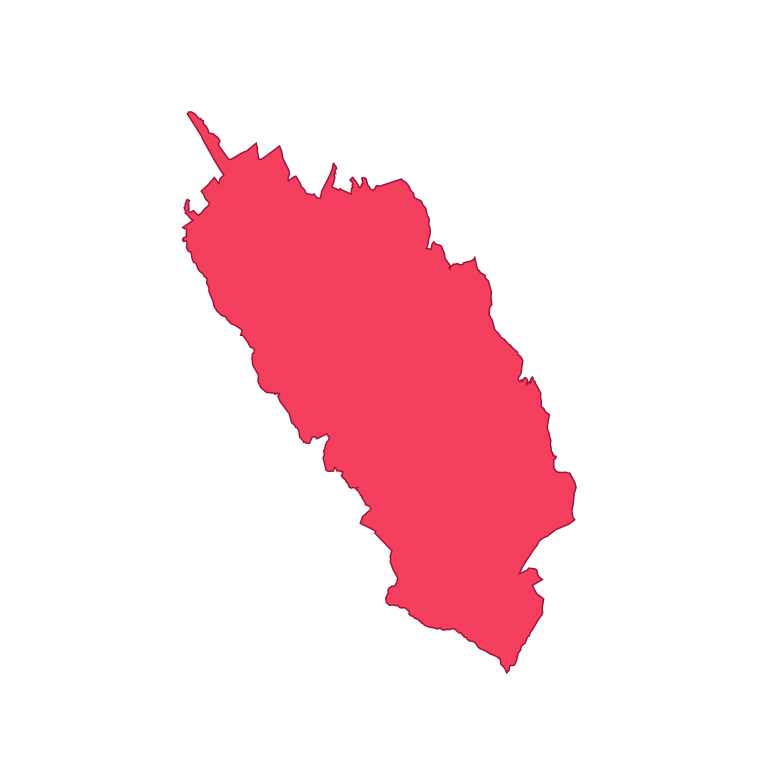 the district of Nicolae Balcescu, Vâlcea, Romania, rotated 77°
{"feature_id": "2599482B33321571341238", "entity_name": "Nicolae Balcescu", "entity_type": "district", "adm_level": 2, "iso_a3": "ROU", "parent_name": "Romania", "parent_adm1": "Vâlcea", "projection": "robinson", "projection_center": [24.389, 44.984], "detail": "fine", "context": "isolated", "style": "filled", "palette": "rose", "viewbox_px": 768, "rotation_deg": 77, "n_neighbors": 0, "source": "geoboundaries", "source_scale": "gbopen_adm2", "svg_char_len": 6158}
<svg xmlns="http://www.w3.org/2000/svg" viewBox="0 0 768 768"><g transform="rotate(77 384 384)"><path d="M442.2,460.0L455.3,459.7L456.6,457.4L457.5,453.1L454.3,450.8L455.5,449.9L458.1,449.4L458.7,446.9L460.0,445.2L460.2,443.9L463.5,445.4L463.4,446.0L465.0,445.8L469.5,442.8L470.5,443.0L473.6,441.2L476.4,441.2L478.2,439.2L477.8,437.7L479.1,434.9L479.0,433.5L480.1,434.9L480.8,434.8L481.3,433.9L484.8,432.2L487.4,431.9L488.4,430.5L489.3,431.1L495.7,429.0L497.5,429.2L500.2,425.2L503.1,424.9L508.3,434.6L514.4,438.5L525.3,425.2L527.1,426.5L548.2,413.8L553.5,416.9L555.8,416.7L558.6,417.9L567.1,416.8L575.9,414.2L580.0,416.0L583.0,418.8L583.3,419.7L582.8,422.0L584.1,425.2L586.3,426.7L588.0,426.6L593.3,430.6L597.7,430.7L600.9,428.4L601.1,425.2L602.8,421.9L602.7,420.4L605.4,418.9L606.3,416.7L606.4,414.8L607.1,413.6L611.3,410.5L613.8,411.4L616.0,409.9L616.6,408.3L619.3,406.6L621.1,403.5L622.8,403.0L623.4,401.9L625.1,401.3L626.7,399.4L628.0,399.0L631.1,394.5L633.2,389.3L634.7,387.1L634.4,384.2L636.2,382.9L637.3,381.1L637.0,380.2L637.4,379.4L636.9,378.4L637.9,376.6L638.1,374.6L637.6,373.0L638.4,370.5L643.4,366.9L643.9,365.2L644.8,364.5L646.0,364.2L647.2,363.0L648.5,362.9L649.6,360.8L651.4,360.3L653.6,358.6L654.5,355.8L656.4,353.4L661.7,351.3L663.6,349.8L666.9,345.1L670.4,341.8L675.3,334.9L677.0,334.2L676.5,333.1L678.5,332.7L683.1,333.2L688.1,330.3L693.0,329.4L691.3,326.7L686.8,324.8L686.6,323.8L687.3,322.4L687.0,319.9L682.9,316.9L677.5,314.4L675.4,312.7L674.3,311.0L670.3,309.3L668.4,305.0L662.9,301.2L661.9,299.1L658.4,296.9L657.4,295.3L647.8,286.1L644.5,282.2L642.3,280.8L637.8,280.3L629.4,276.8L622.9,282.3L613.6,284.9L610.2,273.7L606.8,276.3L604.4,277.1L599.7,277.0L598.2,278.4L596.0,284.2L597.7,286.9L599.3,294.7L593.6,290.4L589.1,286.0L578.1,274.5L575.4,270.9L572.4,268.7L570.8,266.2L569.8,263.6L569.0,259.1L564.6,249.6L562.1,235.5L559.2,228.7L556.4,229.9L549.6,229.5L543.5,226.6L533.6,223.4L528.0,220.1L522.6,220.3L512.6,223.0L512.1,225.0L510.8,227.0L510.3,230.5L509.0,234.7L506.9,236.4L503.3,237.3L496.4,235.7L494.0,232.5L493.1,232.8L491.9,235.0L490.7,234.8L490.6,235.5L488.4,235.3L487.6,236.1L482.3,235.4L481.1,235.8L476.4,234.1L471.9,234.6L469.8,234.2L465.0,234.9L461.5,234.3L451.2,229.8L447.3,232.9L444.1,233.8L441.0,236.0L436.7,234.5L431.5,234.4L428.4,233.3L416.9,236.5L415.9,236.2L414.0,237.5L410.6,237.8L412.4,240.0L415.9,240.6L416.0,241.0L414.4,241.5L415.1,242.3L414.5,243.2L416.1,243.7L416.1,244.5L416.9,245.1L415.7,245.4L415.3,244.3L413.2,243.3L412.1,243.3L409.6,244.7L409.5,245.8L410.3,246.0L411.3,247.5L411.0,247.9L412.3,248.4L412.7,249.2L411.0,249.6L411.9,250.8L411.5,251.8L409.5,252.1L407.7,251.3L405.0,248.4L392.5,243.5L388.3,244.6L384.9,246.9L382.4,247.1L378.7,250.1L374.4,252.3L373.7,253.5L367.2,257.0L365.4,259.3L361.4,260.7L355.9,263.9L346.6,264.1L340.1,266.0L333.2,263.8L330.8,261.1L323.5,260.3L318.7,258.7L307.2,259.1L303.8,261.3L300.7,261.2L297.1,265.1L295.4,265.4L292.9,267.2L281.2,267.1L282.5,268.3L283.8,271.4L283.8,278.9L285.2,280.6L285.3,281.5L285.1,282.9L283.1,285.5L283.4,287.5L282.8,289.2L284.7,292.4L286.8,294.1L285.1,294.3L283.7,292.8L275.2,296.3L270.8,295.8L262.5,297.1L260.6,299.4L260.4,300.7L258.3,302.8L256.7,303.6L258.5,305.7L263.3,307.9L261.5,312.1L256.5,309.1L252.9,307.9L248.5,305.5L243.7,304.1L238.8,304.5L233.1,302.8L229.5,304.0L222.1,303.8L217.9,306.0L214.9,306.3L213.6,307.1L209.7,312.2L207.6,312.7L205.0,312.3L201.2,314.6L197.2,315.1L192.6,317.2L189.5,320.4L188.2,320.7L190.3,343.7L189.0,346.8L192.4,349.6L192.6,351.4L190.5,353.7L188.3,354.0L187.2,355.0L179.8,355.4L178.5,357.3L178.3,359.2L184.3,359.6L184.2,360.8L186.6,362.1L187.1,363.7L179.4,366.1L178.2,367.1L176.0,367.6L175.5,368.4L177.3,370.0L177.1,371.0L178.7,370.9L179.1,369.8L180.2,369.5L182.3,369.6L183.3,370.4L185.3,369.9L185.8,371.4L191.4,373.4L185.6,381.3L183.8,382.7L185.1,384.8L183.6,385.8L180.5,390.4L179.2,390.1L177.7,388.5L171.4,385.3L170.6,385.8L167.6,384.9L168.1,383.8L166.0,384.2L163.2,381.8L161.8,381.8L160.0,382.5L159.5,383.4L158.2,383.1L157.7,383.7L163.0,386.1L168.0,389.5L182.1,401.3L188.5,404.1L187.9,407.4L186.7,407.6L186.1,408.5L183.2,409.1L183.4,411.3L181.1,416.8L176.5,417.9L173.3,420.1L170.0,420.5L161.7,423.1L161.7,424.4L164.4,431.4L161.9,431.3L158.4,428.8L154.4,428.7L141.1,431.8L134.4,431.4L128.6,432.2L137.1,451.7L137.4,453.8L136.8,455.5L127.8,454.9L125.7,454.3L120.6,454.4L126.0,465.0L126.8,470.4L130.1,480.5L130.6,483.3L130.3,484.8L115.6,490.9L112.8,491.4L111.2,489.7L109.8,489.3L107.0,490.3L101.8,494.2L99.9,498.4L97.3,498.2L93.0,499.3L89.9,501.4L86.7,501.0L86.2,502.1L84.1,502.9L83.8,504.6L78.3,507.5L75.7,510.3L75.0,512.7L76.5,514.9L101.7,505.9L104.3,505.7L128.8,498.6L144.6,493.2L147.0,497.4L151.5,500.0L144.6,502.9L150.5,510.8L155.0,518.7L159.5,516.8L162.1,516.7L164.3,515.9L168.0,513.4L170.6,514.7L172.9,519.1L176.4,523.8L177.8,526.6L176.8,528.0L172.2,530.6L173.3,534.4L171.7,535.4L170.8,535.8L170.1,534.7L163.0,533.7L161.8,532.2L160.0,534.0L160.6,535.1L162.8,536.1L163.6,537.1L166.1,537.6L167.1,539.0L171.5,538.5L172.9,539.2L173.7,538.1L179.3,535.3L181.7,533.4L186.2,544.9L187.8,543.3L188.0,541.8L189.6,541.8L196.1,543.5L196.4,546.6L198.4,547.9L198.7,547.0L200.1,547.2L200.0,544.5L202.6,544.1L206.9,545.9L207.7,545.2L209.5,545.3L211.2,544.2L211.7,542.8L212.7,542.4L218.5,542.8L222.6,542.1L224.0,540.1L230.5,539.2L233.2,537.9L236.0,535.5L238.9,534.9L239.8,533.7L242.1,532.8L245.8,534.1L250.9,532.8L253.5,533.6L256.2,533.5L265.3,531.9L270.1,532.1L275.5,530.2L280.7,526.8L283.0,523.0L286.0,522.3L290.9,519.4L293.6,515.6L298.7,510.7L300.4,510.3L304.2,512.7L305.1,510.5L311.8,507.6L317.8,506.0L318.6,505.3L319.4,503.5L320.6,502.7L323.6,503.2L324.4,503.9L324.8,505.3L329.4,506.8L335.9,507.6L347.3,504.3L353.1,506.2L359.5,504.9L365.7,500.5L368.3,492.8L369.4,492.6L368.8,491.3L369.4,491.0L369.0,489.7L370.0,488.1L370.9,488.2L371.2,489.6L372.1,490.1L377.9,489.1L391.6,483.0L400.9,482.7L404.6,480.1L406.6,479.8L407.1,478.5L410.2,477.5L416.7,478.1L421.6,475.3L422.7,475.5L422.9,473.9L423.9,473.4L425.0,470.0L419.6,465.9L420.0,462.9L422.3,461.8L419.8,451.0L424.3,449.2L426.9,451.4L427.8,453.0L430.7,454.9L433.7,456.2L436.1,458.0L439.2,457.8L442.2,460.0Z" fill="#f43f5e" stroke="#9f1239" stroke-width="1.5"/></g></svg>